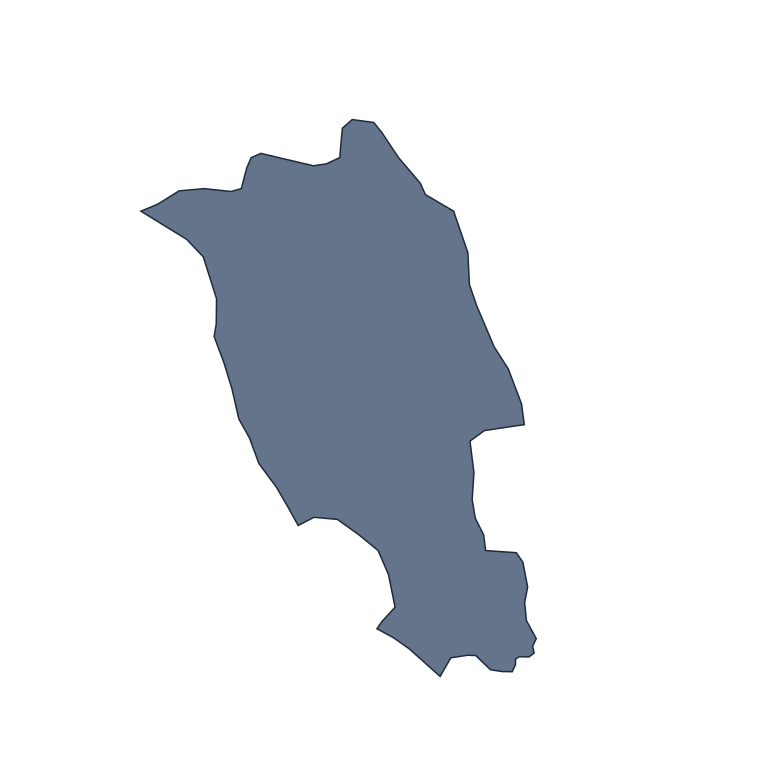 Mefou-et-Afamba, Centre, Cameroon (Equal Earth projection), rotated 314°
{"feature_id": "32672807B57773393916452", "entity_name": "Mefou-et-Afamba", "entity_type": "district", "adm_level": 2, "iso_a3": "CMR", "parent_name": "Cameroon", "parent_adm1": "Centre", "projection": "equal_earth", "projection_center": [11.787, 3.937], "detail": "fine", "context": "isolated", "style": "filled", "palette": "slate", "viewbox_px": 768, "rotation_deg": 314, "n_neighbors": 0, "source": "geoboundaries", "source_scale": "gbopen_adm2", "svg_char_len": 1283}
<svg xmlns="http://www.w3.org/2000/svg" viewBox="0 0 768 768"><g transform="rotate(314 384 384)"><path d="M339.5,89.1L340.1,92.2L351.0,141.9L350.7,147.0L349.9,165.7L329.0,204.3L310.8,221.5L300.1,228.9L288.4,253.5L275.0,277.8L258.0,303.9L251.7,324.8L239.9,349.3L234.9,378.8L228.4,401.6L222.6,420.6L239.4,426.2L254.2,444.5L258.0,470.1L260.1,495.4L250.1,519.5L240.6,533.3L231.1,547.0L211.8,547.5L203.0,548.9L208.1,567.3L211.0,586.0L212.6,627.5L233.5,622.3L241.5,628.4L246.9,632.5L252.4,638.6L252.4,659.1L259.1,668.6L266.1,676.1L273.3,673.6L277.6,669.7L281.7,670.7L288.4,677.9L294.8,678.9L298.6,673.1L306.6,670.4L312.7,650.9L324.4,637.1L337.8,628.3L352.3,607.7L354.6,596.4L334.8,572.8L344.7,560.5L350.8,543.0L362.2,527.6L365.8,524.6L382.8,510.2L387.6,504.2L402.7,485.5L420.2,488.6L437.7,501.9L452.2,513.2L465.2,496.8L481.2,462.9L487.3,437.2L488.5,434.5L504.8,396.1L511.4,383.2L514.7,376.6L536.8,353.0L556.7,314.0L549.0,282.2L553.6,270.8L556.4,243.1L557.0,237.0L563.5,207.2L565.0,194.9L552.1,177.4L539.1,176.4L530.0,183.6L518.2,193.2L516.2,194.9L502.5,189.7L491.8,181.5L490.5,179.2L473.5,150.7L464.4,135.3L454.5,131.2L443.8,135.3L425.5,145.6L416.4,140.4L414.8,138.4L402.7,122.9L399.6,118.9L380.5,102.4L356.2,96.3L339.5,89.1Z" fill="#64748b" stroke="#1e293b" stroke-width="1.5"/></g></svg>